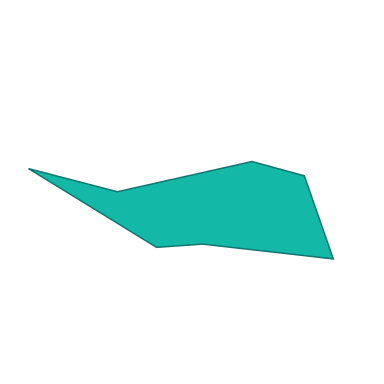 map outline of American Samoa (orthographic projection), rotated 207°
{"feature_id": "ASM", "entity_name": "American Samoa", "entity_type": "country or territory", "adm_level": 0, "iso_a3": "ASM", "parent_name": "Oceania", "parent_adm1": "", "projection": "orthographic", "projection_center": [-170.708, -14.309], "detail": "fine", "context": "isolated", "style": "filled", "palette": "teal", "viewbox_px": 384, "rotation_deg": 207, "n_neighbors": 0, "source": "natural_earth", "source_scale": "50m", "svg_char_len": 265}
<svg xmlns="http://www.w3.org/2000/svg" viewBox="0 0 384 384"><g transform="rotate(207 192 192)"><path d="M152.4,246.4L99.2,257.4L35.7,196.5L159.1,150.3L198.4,126.6L348.3,138.6L258.7,158.3L152.4,246.4Z" fill="#14b8a6" stroke="#0f766e" stroke-width="1.5"/></g></svg>